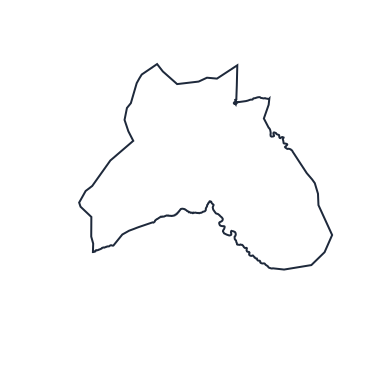 Xutag-O'ndor, Bulgan, Mongolia, rotated 57°
{"feature_id": "93677404B82313328470965", "entity_name": "Xutag-O'ndor", "entity_type": "district", "adm_level": 2, "iso_a3": "MNG", "parent_name": "Mongolia", "parent_adm1": "Bulgan", "projection": "albers", "projection_center": [103.033, 49.288], "detail": "fine", "context": "isolated", "style": "outline", "palette": "slate", "viewbox_px": 384, "rotation_deg": 57, "n_neighbors": 0, "source": "geoboundaries", "source_scale": "gbopen_adm2", "svg_char_len": 5850}
<svg xmlns="http://www.w3.org/2000/svg" viewBox="0 0 384 384"><g transform="rotate(57 192 192)"><path d="M133.2,280.6L139.4,292.4L143.6,293.5L158.1,290.0L174.5,300.8L181.5,303.0L188.4,307.8L188.7,307.3L188.8,306.9L188.9,306.7L188.8,306.4L188.8,305.8L189.2,305.5L189.2,305.3L189.1,305.1L188.6,304.8L188.6,304.1L189.0,303.4L189.4,303.0L189.6,302.1L189.6,301.4L189.9,300.8L189.9,300.2L190.2,298.6L189.9,297.9L190.0,297.6L190.1,297.3L190.2,296.9L190.2,296.6L190.6,296.1L190.7,295.9L191.0,295.6L191.0,295.2L191.1,294.6L191.3,294.2L191.2,293.9L191.3,293.7L191.3,293.4L191.5,293.1L191.6,292.5L192.4,291.2L192.4,290.6L192.3,289.9L192.4,289.3L192.6,288.8L193.6,288.0L194.1,287.1L189.7,273.6L190.2,265.8L191.4,260.5L191.9,258.0L192.5,255.4L196.0,241.6L196.6,241.1L196.7,240.9L196.6,239.9L196.5,239.3L195.9,238.6L195.8,238.0L195.6,236.3L195.8,235.8L195.8,235.5L195.7,234.1L195.8,233.1L195.7,232.1L195.7,231.7L195.8,231.3L196.4,231.0L196.5,230.8L196.5,230.4L196.6,230.2L196.6,229.9L197.1,229.4L197.2,229.0L197.4,228.7L197.4,228.1L197.6,227.6L197.7,227.1L197.7,226.7L197.8,226.3L197.9,226.2L198.0,225.8L198.5,225.2L198.8,225.1L199.0,224.4L199.5,224.2L200.0,223.4L200.2,223.1L200.3,222.9L200.6,222.7L200.9,222.3L201.1,222.0L201.1,221.6L201.6,221.0L201.8,220.0L202.0,219.8L202.2,219.2L201.9,218.4L202.0,218.2L202.2,217.6L202.2,217.2L201.8,216.7L202.0,216.3L201.9,215.8L201.9,215.6L201.6,215.3L201.4,214.5L201.4,214.1L201.2,213.4L200.9,213.0L200.9,212.8L200.8,212.4L200.2,210.7L200.4,210.2L200.6,209.4L201.3,208.6L201.6,208.2L202.2,207.8L202.4,207.5L202.7,207.5L203.1,207.2L204.5,206.6L205.2,206.5L205.8,206.0L206.4,205.8L207.1,205.7L207.1,205.3L207.7,205.0L207.8,204.8L208.4,204.5L208.6,204.5L208.7,204.2L208.9,204.0L209.0,203.7L209.5,203.4L209.7,203.1L210.1,203.0L210.2,202.8L210.3,202.6L210.0,202.1L210.7,201.4L211.1,200.4L212.0,199.6L212.1,199.3L212.6,198.9L212.9,198.2L213.7,197.6L213.9,196.5L214.0,196.3L214.3,196.0L214.5,195.2L214.6,194.0L214.5,193.7L214.8,192.8L215.1,191.9L215.1,191.6L214.9,190.8L214.5,190.1L213.7,189.7L212.9,188.7L212.4,187.6L212.0,187.0L211.3,186.5L211.1,186.1L210.9,185.3L210.5,184.9L210.1,184.1L210.0,183.5L210.1,183.3L210.1,182.8L210.0,182.7L209.5,182.5L209.5,182.3L209.5,182.0L210.6,181.2L212.2,181.5L212.7,181.4L214.0,181.0L214.5,180.9L214.8,181.1L215.8,182.6L216.2,183.0L217.5,183.5L218.0,183.7L218.7,183.8L221.3,183.7L222.8,183.6L223.2,183.4L223.6,183.1L224.4,182.4L224.9,182.1L226.5,181.6L228.2,181.3L228.9,181.0L230.0,180.8L231.0,180.8L231.4,180.9L232.0,181.4L232.5,182.1L232.7,183.2L232.4,185.2L232.5,185.6L232.7,186.0L233.4,186.4L234.8,186.7L235.2,186.7L236.0,186.3L236.8,185.6L238.1,183.8L238.7,183.5L239.2,183.7L240.1,184.7L240.6,185.4L240.9,186.3L241.5,187.2L241.9,187.5L242.3,187.5L243.9,187.6L244.4,187.5L245.4,186.8L246.4,186.3L248.7,184.5L248.9,184.2L249.2,183.2L249.2,182.6L249.1,182.3L248.4,181.8L247.0,181.3L246.3,180.6L246.1,180.3L246.1,180.0L247.1,179.2L247.6,178.6L249.0,177.8L250.0,177.8L251.3,178.3L252.2,179.2L252.4,179.5L252.6,180.4L252.8,180.7L253.3,181.0L254.6,181.7L255.3,181.8L255.9,181.7L256.4,181.5L256.7,181.5L258.2,182.1L259.2,182.2L260.3,182.7L260.6,182.7L260.9,182.5L261.3,182.1L261.8,181.4L262.2,181.0L262.4,180.7L262.4,180.0L262.8,179.6L263.3,179.3L263.7,178.7L264.9,178.4L266.3,178.5L267.6,178.2L267.8,178.0L268.5,176.8L268.9,176.6L269.2,176.7L269.3,176.9L270.1,177.6L270.6,178.0L271.1,178.1L271.8,178.2L272.1,178.1L272.9,177.4L273.2,177.0L273.5,176.8L273.9,176.8L274.4,176.9L274.7,177.3L274.9,177.7L275.5,178.1L276.2,178.2L276.8,178.0L277.8,177.2L278.1,176.7L278.1,176.3L278.1,176.0L278.6,175.4L280.0,175.3L280.6,175.0L281.2,175.2L282.1,174.7L283.0,174.4L283.1,173.9L283.4,173.9L284.6,174.2L285.1,174.1L285.4,174.0L285.9,173.5L286.5,172.7L286.9,172.6L287.5,172.6L288.2,173.1L288.8,173.0L289.5,172.6L290.2,172.0L291.1,170.5L291.5,170.1L291.9,170.0L293.2,169.9L294.0,169.5L295.5,168.9L295.9,168.8L296.7,168.9L297.5,168.6L299.1,167.3L299.4,167.0L299.8,166.5L300.0,165.8L307.2,157.0L318.3,131.7L314.7,113.6L304.4,97.9L271.9,93.1L262.1,87.3L251.5,84.2L246.9,84.4L238.7,85.5L213.3,85.6L212.3,85.5L211.6,85.5L210.8,85.9L210.3,85.9L209.3,86.5L208.4,87.3L208.0,88.3L207.6,88.7L205.6,89.5L205.1,89.5L204.9,89.5L204.8,89.3L204.7,88.2L204.4,87.0L204.3,86.5L204.0,86.2L203.6,86.2L203.3,86.4L202.5,87.0L201.5,88.3L201.1,88.5L200.8,88.5L199.1,87.7L198.3,87.4L197.4,87.2L197.1,87.0L196.4,85.7L196.2,85.5L195.3,86.1L195.0,86.5L194.9,87.0L194.9,88.2L194.9,88.6L194.6,88.9L193.9,89.0L193.6,88.8L192.7,88.5L192.1,88.1L191.7,88.0L189.7,89.4L189.1,89.6L188.3,89.5L188.1,89.6L186.8,90.6L186.7,90.8L186.6,91.1L186.8,91.4L187.0,91.7L187.7,92.1L188.9,92.3L189.6,92.6L189.7,92.8L189.6,93.7L188.9,95.1L188.4,95.4L187.8,95.5L186.3,94.7L185.6,94.0L185.1,93.7L183.0,92.8L181.9,92.5L180.4,92.5L179.9,92.7L169.5,91.7L160.6,80.2L155.7,76.2L155.8,76.7L155.7,76.9L155.4,77.5L154.5,78.3L154.0,79.0L153.1,79.6L152.9,80.0L152.7,80.7L152.3,81.2L151.4,82.1L150.6,83.0L149.9,83.2L149.4,83.5L149.1,83.9L148.5,85.0L148.1,86.2L147.7,87.9L147.0,89.4L147.0,89.8L147.4,90.7L147.4,90.9L147.2,91.4L146.6,92.3L146.3,93.0L145.7,95.6L145.5,96.1L145.1,97.3L142.0,103.9L141.7,104.1L141.6,104.4L141.6,104.7L141.7,105.0L141.0,105.2L140.8,105.4L140.7,105.8L140.8,106.8L140.9,107.1L141.3,107.7L141.7,107.8L142.0,107.5L142.1,107.3L142.0,107.0L142.1,106.9L142.2,107.0L142.2,107.4L142.4,107.6L142.0,107.6L141.8,107.8L141.4,108.4L140.6,108.6L140.2,108.5L139.8,107.7L139.8,106.7L139.7,106.1L139.2,105.9L139.4,105.8L139.5,105.7L139.4,105.5L139.1,105.4L139.0,105.6L139.1,105.8L138.9,105.9L138.3,105.6L138.3,105.4L138.5,105.0L138.7,104.8L138.6,104.7L138.4,104.5L138.3,104.2L138.2,104.2L127.2,96.5L110.4,85.0L110.5,109.3L104.3,117.2L103.0,126.3L93.4,145.7L75.0,150.8L65.7,151.6L66.1,170.2L68.0,174.2L70.6,179.1L84.2,194.9L86.1,200.8L94.8,209.3L106.4,212.3L117.1,213.4L121.1,243.3L132.6,272.4L133.2,280.6Z" fill="none" stroke="#1e293b" stroke-width="2"/></g></svg>